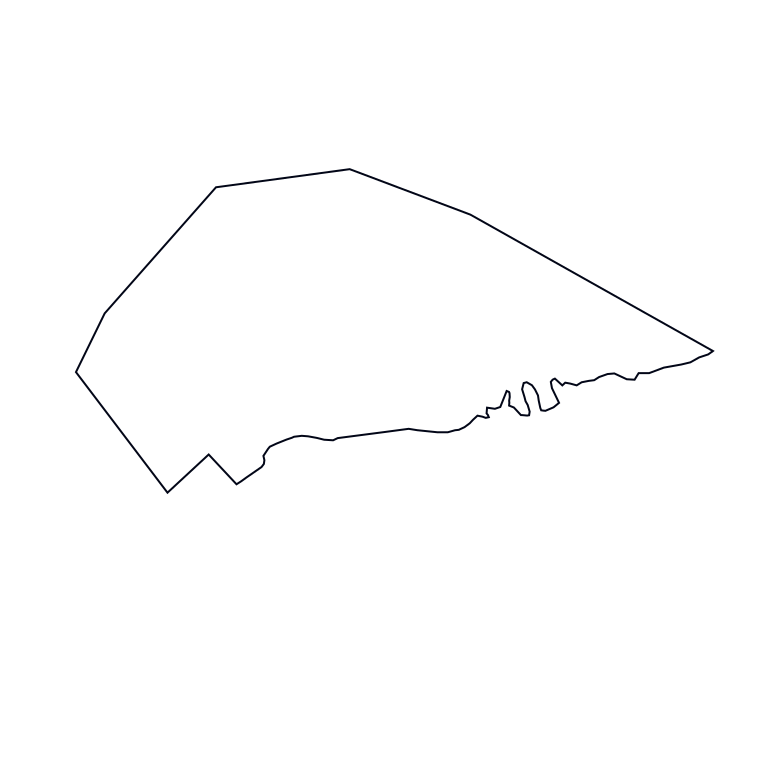 Zemam Out, Qina, Egypt (Robinson projection), rotated 205°
{"feature_id": "37247803B68668933434677", "entity_name": "Zemam Out", "entity_type": "district", "adm_level": 2, "iso_a3": "EGY", "parent_name": "Egypt", "parent_adm1": "Qina", "projection": "robinson", "projection_center": [32.613, 25.633], "detail": "fine", "context": "isolated", "style": "outline", "palette": "ink", "viewbox_px": 768, "rotation_deg": 205, "n_neighbors": 0, "source": "geoboundaries", "source_scale": "gbopen_adm2", "svg_char_len": 1520}
<svg xmlns="http://www.w3.org/2000/svg" viewBox="0 0 768 768"><g transform="rotate(205 384 384)"><path d="M406.3,311.5L403.1,315.4L362.9,340.9L342.7,353.8L334.3,356.2L315.0,362.9L305.8,367.2L300.1,372.1L296.8,374.1L296.0,375.1L292.8,378.9L289.7,384.6L288.2,389.2L285.9,394.8L280.9,396.0L277.5,396.3L276.6,397.0L275.0,398.2L276.8,399.9L278.6,400.7L280.6,406.1L273.0,408.4L268.9,412.3L269.5,423.1L269.9,429.5L267.3,429.6L266.4,428.8L264.5,425.3L263.5,421.7L262.5,420.0L261.5,417.3L256.4,417.6L254.6,416.9L246.8,413.7L245.1,414.4L240.9,415.9L239.3,417.0L240.3,420.5L244.9,425.7L248.4,428.2L251.2,431.6L256.6,437.6L257.8,443.9L255.4,445.9L253.1,445.7L249.4,445.4L244.9,442.9L239.6,438.7L236.8,434.4L232.2,428.3L230.4,426.6L228.1,427.3L227.6,427.5L226.4,427.9L221.2,433.7L220.5,434.5L219.9,435.7L217.4,440.9L230.0,451.2L233.7,456.4L233.0,459.2L231.4,461.1L229.4,460.5L221.8,458.1L221.4,459.1L220.3,461.8L215.3,463.1L208.8,464.2L205.6,469.1L199.7,473.4L195.1,476.3L192.0,481.2L185.6,487.5L179.7,490.9L172.4,490.9L166.0,490.9L158.7,493.8L157.8,501.5L148.3,505.9L137.3,517.1L122.8,527.3L115.5,533.1L109.6,541.3L102.7,547.8L99.9,552.7L99.8,552.9L377.3,574.0L505.9,564.2L619.4,491.3L667.0,330.0L668.2,264.6L534.3,194.0L513.1,246.0L475.3,230.8L472.3,235.5L469.2,241.1L459.9,257.0L459.1,260.8L460.2,264.4L462.9,267.9L461.7,276.1L461.0,278.9L456.2,284.6L448.9,292.4L444.8,296.3L443.2,298.2L436.6,302.3L430.7,304.5L422.7,306.6L421.4,306.9L414.7,308.2L406.3,311.5L406.3,311.5Z" fill="none" stroke="#020617" stroke-width="2"/></g></svg>